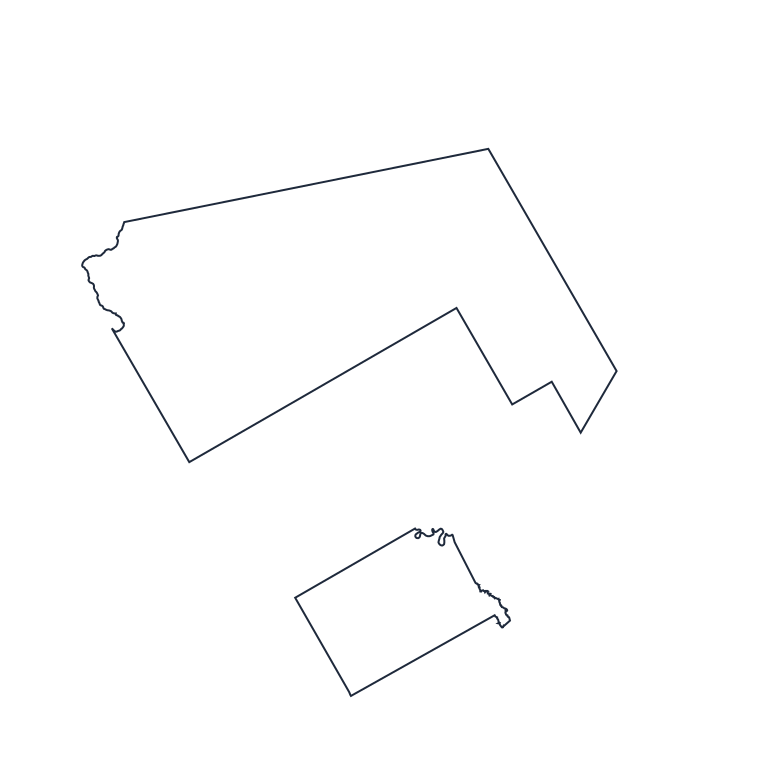 Telefomin District, Sandaun, Papua New Guinea, rotated 150°
{"feature_id": "67681753B11623984799605", "entity_name": "Telefomin District", "entity_type": "district", "adm_level": 2, "iso_a3": "PNG", "parent_name": "Papua New Guinea", "parent_adm1": "Sandaun", "projection": "mercator", "projection_center": [141.969, -4.517], "detail": "fine", "context": "isolated", "style": "outline", "palette": "slate", "viewbox_px": 768, "rotation_deg": 150, "n_neighbors": 0, "source": "geoboundaries", "source_scale": "gbopen_adm2", "svg_char_len": 6023}
<svg xmlns="http://www.w3.org/2000/svg" viewBox="0 0 768 768"><g transform="rotate(150 384 384)"><path d="M283.2,302.2L237.6,302.1L238.0,243.5L176.1,278.9L176.1,535.5L528.0,654.1L529.1,653.1L529.4,652.9L529.7,652.6L530.6,651.7L530.8,651.6L531.3,651.2L531.6,651.0L532.8,649.7L533.1,649.5L533.4,649.1L534.3,648.6L535.7,648.5L536.7,648.2L537.5,647.7L538.5,646.9L539.0,646.3L539.5,645.5L540.2,644.9L540.4,644.9L540.8,644.8L541.5,644.9L541.8,644.8L542.2,644.3L542.2,644.1L542.4,644.0L542.5,643.2L542.5,641.8L542.9,640.9L543.4,640.3L544.9,638.6L546.7,637.4L547.7,637.0L549.2,637.0L550.1,636.7L551.0,636.7L551.1,636.8L551.8,636.8L552.2,636.7L552.5,636.6L552.9,636.6L553.6,636.9L554.1,637.4L554.8,638.2L555.0,638.4L555.5,638.6L556.7,638.9L558.3,638.9L558.7,638.7L559.1,638.7L559.4,638.5L559.7,638.2L560.1,638.0L560.6,637.8L561.4,637.7L561.7,637.6L562.0,637.6L562.3,637.5L564.0,637.1L564.3,636.9L565.7,637.0L567.6,638.0L568.2,638.7L568.6,639.1L569.2,639.4L570.1,639.6L570.7,639.6L571.1,639.8L571.9,640.5L572.4,640.7L573.3,640.7L574.2,640.6L575.6,641.3L576.0,641.3L576.5,641.3L578.2,640.9L578.7,640.8L580.1,640.9L581.4,640.8L581.7,640.6L582.0,640.6L582.5,640.3L583.1,640.1L584.1,639.6L584.8,639.0L585.9,637.9L586.2,637.4L586.3,637.0L586.3,636.5L586.2,635.9L585.9,635.4L585.5,635.1L585.3,634.7L585.2,634.3L585.2,633.4L585.3,633.3L585.3,632.9L585.2,632.5L584.6,631.2L584.5,630.8L584.5,630.1L584.5,629.7L584.7,629.2L584.9,628.3L584.9,627.5L585.1,626.9L585.7,626.1L585.8,625.8L586.0,625.2L586.2,624.3L586.3,623.5L586.5,623.0L586.9,622.6L587.4,622.4L587.6,622.1L587.9,621.7L588.1,621.3L588.1,620.7L588.0,620.4L588.0,619.7L587.8,619.0L587.6,618.7L586.6,617.5L585.9,616.3L585.8,616.1L585.8,614.9L585.9,614.6L586.0,614.2L586.3,613.6L587.1,612.5L587.2,612.2L587.4,611.2L587.4,610.9L587.4,609.8L587.5,609.5L587.5,608.8L587.5,608.4L587.2,607.7L587.2,607.4L587.1,607.0L587.1,605.6L587.3,604.4L587.3,603.8L587.4,603.7L587.6,603.5L587.9,603.3L588.1,603.2L588.7,602.7L589.0,602.2L589.5,601.3L589.6,599.0L589.8,598.1L590.0,597.9L590.0,597.3L590.0,596.5L590.3,595.0L590.3,594.6L590.3,594.3L590.0,593.8L589.4,593.2L588.8,592.2L588.8,590.8L589.0,590.1L589.0,589.3L588.8,588.9L588.4,588.6L587.6,587.3L587.3,587.0L586.9,586.4L586.3,585.9L585.5,585.3L584.7,584.5L584.6,584.3L584.1,583.7L583.8,583.0L583.7,582.1L583.6,581.9L583.6,581.7L583.4,581.4L583.1,580.8L581.8,579.6L581.0,579.2L581.4,578.6L581.5,578.1L581.5,577.8L581.2,577.3L580.6,576.9L580.2,576.1L580.2,575.8L580.0,575.6L580.0,575.3L579.5,574.8L579.1,573.9L579.0,573.1L578.9,571.8L579.1,571.0L579.5,569.7L579.5,569.1L579.5,568.8L579.7,568.2L579.6,567.9L579.6,567.7L579.4,567.5L579.1,567.4L578.9,567.2L578.9,566.5L579.5,565.9L580.1,564.7L580.5,564.3L581.0,564.0L583.1,563.1L584.4,563.0L585.3,562.6L585.8,562.5L586.6,562.6L587.7,562.9L589.2,563.0L589.9,563.3L590.4,563.8L590.9,564.5L591.9,568.3L591.7,413.7L481.2,413.6L283.2,413.6L283.2,302.2ZM401.6,114.4L393.2,116.1L392.4,119.0L392.4,119.6L392.8,119.9L393.0,120.4L393.2,121.0L392.8,121.5L392.7,121.8L392.9,122.2L393.2,122.4L393.6,123.2L393.4,124.1L393.3,125.0L393.0,125.6L392.7,125.7L392.4,125.8L392.3,126.0L392.2,126.8L391.9,127.1L391.4,127.1L391.2,126.9L391.1,126.6L391.0,126.1L390.6,126.2L390.4,126.6L390.4,127.3L390.5,127.8L390.9,128.5L391.3,129.0L391.7,129.1L391.9,129.3L392.2,130.2L392.4,130.7L392.7,131.1L393.1,131.5L393.4,131.8L393.3,132.0L393.4,132.4L393.6,132.8L393.2,133.2L393.2,133.7L393.6,133.9L393.7,134.2L393.8,134.6L393.7,134.9L393.4,135.5L393.4,135.9L393.3,136.2L393.0,136.7L393.0,136.9L393.1,137.2L393.1,137.6L392.9,138.1L392.7,138.4L391.9,138.9L391.7,139.1L392.0,139.4L392.5,139.7L392.5,139.9L392.3,140.2L392.2,140.6L392.6,140.6L393.1,141.1L393.7,142.1L393.9,142.4L394.6,143.2L395.2,143.0L395.3,143.4L395.1,144.3L395.5,144.4L395.9,145.0L395.7,145.5L395.8,146.0L396.3,146.1L396.7,146.7L397.4,148.5L397.9,148.1L398.4,148.1L398.2,149.1L397.6,149.1L397.0,149.3L397.5,149.7L398.1,150.3L398.8,150.7L398.4,151.4L398.5,152.4L397.6,152.5L397.9,153.1L399.5,154.0L400.1,153.4L400.6,153.2L400.5,153.8L400.5,154.4L401.2,155.0L401.3,155.8L402.7,156.2L403.7,155.7L404.3,156.2L403.8,157.1L403.6,159.1L403.1,159.7L403.5,160.3L402.9,160.8L403.2,161.4L402.9,162.1L402.2,162.4L402.9,163.0L402.8,163.6L403.3,164.0L403.2,164.7L403.7,165.2L404.1,165.6L404.2,166.1L401.9,211.7L400.1,218.8L400.4,219.4L401.7,219.3L402.2,219.4L403.8,220.1L404.4,221.0L404.8,222.6L405.0,223.1L405.3,223.2L405.6,223.2L406.0,222.8L406.3,222.1L406.8,221.5L407.8,221.0L408.5,220.6L409.0,220.3L409.3,220.0L409.5,219.4L409.9,218.7L410.0,218.3L411.1,216.4L412.1,215.2L413.4,214.9L414.3,215.0L415.0,215.5L415.7,216.4L416.1,217.9L416.1,219.0L416.0,219.6L415.3,220.5L413.1,222.6L412.5,223.4L411.7,223.9L410.7,224.3L410.1,224.7L407.8,225.4L406.9,225.9L406.6,226.2L406.5,226.5L406.4,227.1L406.3,228.0L406.4,228.9L406.4,229.3L406.5,229.6L407.2,230.3L407.4,230.4L409.2,230.3L410.7,230.0L411.3,229.9L412.7,229.9L412.9,229.9L413.6,230.3L413.8,230.6L414.0,231.1L414.2,231.7L414.2,232.2L414.0,233.1L414.0,233.7L414.1,233.9L414.3,234.1L414.5,234.1L414.9,233.9L415.2,233.6L415.6,232.6L415.8,231.1L415.7,230.1L415.9,229.6L416.2,229.2L416.5,229.0L419.7,229.2L420.8,229.5L421.5,229.9L422.2,230.3L423.3,231.5L423.7,232.2L423.8,232.7L424.0,233.1L424.2,234.0L424.6,234.7L425.1,235.6L425.7,236.1L426.2,236.3L426.8,236.3L427.1,236.1L427.7,235.7L428.8,234.4L429.2,234.0L429.6,233.7L430.5,233.4L431.4,233.4L431.6,233.5L432.2,233.9L432.8,234.4L433.1,235.3L433.1,236.2L433.0,236.5L432.7,237.0L432.0,237.7L431.5,237.9L430.4,238.0L429.3,238.2L426.5,238.1L426.0,238.3L425.8,238.5L425.6,238.9L425.6,239.5L425.9,240.0L426.6,240.6L427.8,240.9L428.3,241.2L428.9,241.7L429.3,242.2L429.4,242.9L429.4,243.3L567.8,243.3L568.2,134.5L568.6,131.7L568.6,130.4L403.8,128.4L403.8,126.9L403.6,126.6L403.0,125.8L402.7,125.3L403.1,124.8L403.3,124.2L403.0,123.4L403.0,122.8L403.4,121.6L403.6,120.6L403.7,120.3L403.3,119.5L403.7,119.4L404.3,119.7L404.8,119.7L403.6,118.6L403.9,117.8L404.0,117.0L403.6,114.3L403.0,113.9L402.5,113.9L402.2,114.3L401.6,114.7L401.6,114.4Z" fill="none" stroke="#1e293b" stroke-width="2"/></g></svg>